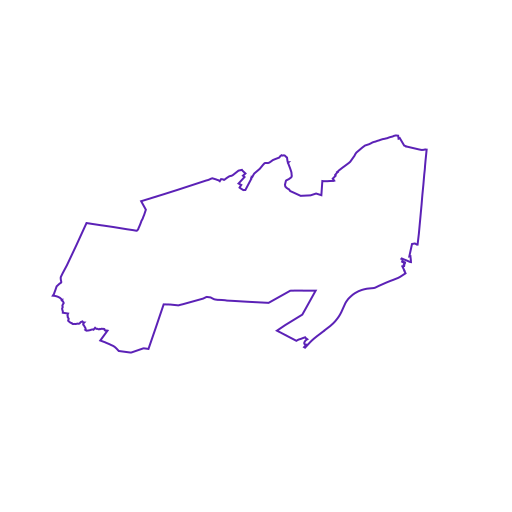 Utrechtse Heuvelrug, Utrecht, Netherlands (Robinson projection), rotated 334°
{"feature_id": "6326949B53566260910730", "entity_name": "Utrechtse Heuvelrug", "entity_type": "district", "adm_level": 2, "iso_a3": "NLD", "parent_name": "Netherlands", "parent_adm1": "Utrecht", "projection": "robinson", "projection_center": [5.38, 52.029], "detail": "fine", "context": "isolated", "style": "outline", "palette": "violet", "viewbox_px": 512, "rotation_deg": 334, "n_neighbors": 0, "source": "geoboundaries", "source_scale": "gbopen_adm2", "svg_char_len": 5852}
<svg xmlns="http://www.w3.org/2000/svg" viewBox="0 0 512 512"><g transform="rotate(334 256 256)"><path d="M382.8,337.1L382.8,334.3L383.0,334.3L383.0,329.5L384.7,330.0L385.7,328.6L385.3,328.4L385.8,328.0L386.1,327.9L386.2,328.0L386.9,327.6L387.0,327.4L386.2,326.9L386.5,326.6L385.6,326.0L385.8,325.8L384.9,325.1L386.5,323.4L385.5,322.3L385.9,322.1L387.8,324.3L389.3,325.9L391.5,328.5L392.0,329.0L392.6,329.4L392.8,328.9L393.3,327.8L394.5,324.4L394.7,323.9L393.6,323.6L401.5,313.6L404.3,314.4L405.6,316.3L406.2,316.6L412.0,307.6L427.4,282.3L432.2,274.2L437.8,265.1L443.0,256.4L445.6,252.3L446.6,250.6L447.2,249.5L449.2,246.2L450.1,244.7L456.0,235.2L455.0,234.6L454.8,234.4L453.4,234.1L452.3,233.7L451.2,233.2L449.0,231.5L440.9,224.9L439.8,224.0L439.0,223.5L439.1,223.3L437.6,221.7L436.9,213.0L435.6,213.0L436.5,210.2L436.0,209.9L435.3,209.4L434.4,208.9L433.5,208.7L432.7,208.5L431.2,208.5L428.9,208.0L427.7,207.8L425.2,207.6L424.8,207.4L423.2,207.1L421.1,206.5L418.4,206.1L417.8,206.1L415.5,205.7L413.3,205.5L412.6,205.3L411.4,205.1L410.3,205.0L408.7,205.1L406.7,205.1L402.4,204.5L399.2,205.1L391.7,207.0L390.5,207.6L389.3,208.4L388.6,209.0L382.0,212.6L380.2,213.1L374.3,214.2L373.0,214.4L367.8,215.5L366.6,216.0L366.3,216.2L366.3,216.3L365.8,216.2L365.8,216.4L365.4,216.6L364.5,217.0L364.4,217.1L362.6,217.9L362.6,218.0L362.7,218.8L358.9,220.1L359.3,222.6L358.5,222.5L358.1,222.3L355.8,221.2L352.8,220.0L349.4,218.3L348.5,217.7L341.4,230.0L337.4,226.2L331.6,225.4L322.5,221.5L317.6,215.5L315.2,212.6L315.0,211.3L314.9,210.6L314.4,210.0L313.3,208.1L313.1,207.4L312.9,206.5L312.8,206.4L313.1,205.3L313.3,204.6L315.7,201.7L316.1,201.4L316.5,201.3L317.1,201.3L318.4,201.3L319.2,201.3L321.9,200.8L322.4,200.6L322.9,200.2L323.4,199.4L323.4,199.2L324.3,196.9L324.5,196.3L324.7,195.1L325.1,192.0L325.5,187.4L325.6,186.8L325.5,186.6L325.7,186.4L326.0,186.1L326.3,186.0L325.8,185.8L325.7,185.7L325.7,185.3L326.2,183.6L326.9,181.5L327.0,181.2L326.9,180.7L326.5,180.1L326.3,179.4L326.1,178.8L325.8,178.2L325.4,177.9L325.1,177.7L323.7,177.3L323.1,176.6L322.5,176.8L321.9,176.8L320.0,177.7L315.4,177.3L313.6,177.2L312.9,177.2L311.5,177.5L308.9,177.9L307.5,177.7L305.6,176.7L304.8,176.4L304.4,176.4L303.9,176.5L303.0,176.9L302.6,177.0L297.6,179.3L290.6,181.1L289.6,181.7L287.4,183.3L286.9,182.9L286.8,183.1L286.0,183.6L285.8,184.4L285.6,184.4L285.6,184.5L285.4,184.7L275.4,192.0L273.5,191.2L272.0,188.8L271.2,187.3L272.1,186.7L273.9,185.7L272.1,183.2L280.3,180.0L279.5,178.1L282.7,177.2L281.4,173.8L281.2,173.2L281.1,172.4L277.7,171.6L270.8,173.1L269.2,173.2L267.9,172.8L266.7,172.7L264.2,173.0L262.0,173.4L261.7,173.5L260.6,173.6L260.0,172.7L258.3,171.6L256.2,172.9L255.5,171.5L254.6,170.7L253.9,169.9L253.1,169.1L250.8,167.0L249.3,166.8L247.4,166.8L246.2,166.7L244.3,166.3L214.7,162.2L200.5,160.1L176.8,156.4L177.3,166.1L173.4,170.1L171.9,171.4L170.9,172.4L170.2,173.0L168.2,174.4L168.0,174.7L165.9,176.7L163.5,178.8L163.3,178.9L161.7,180.4L160.2,181.0L159.6,180.9L159.2,180.6L156.9,178.9L151.9,175.5L140.3,167.3L131.8,161.5L130.7,160.8L118.1,152.1L113.7,155.7L99.1,167.7L81.9,181.5L74.7,186.7L71.5,189.2L70.8,190.1L70.6,190.7L70.2,191.7L69.6,194.0L69.4,194.3L69.1,194.5L67.1,194.8L63.5,195.9L63.0,196.4L60.5,198.9L58.9,200.4L57.7,201.6L57.4,201.8L56.3,202.4L56.0,202.6L57.5,203.5L58.6,204.4L59.6,205.3L60.4,206.2L61.4,207.6L62.0,209.0L62.2,209.6L62.3,210.6L62.7,210.6L62.3,211.3L62.2,211.3L62.4,211.7L62.6,212.2L62.6,213.6L62.5,214.0L62.3,214.2L61.4,214.7L60.3,215.6L60.2,215.8L60.1,216.0L60.1,216.3L59.9,216.8L59.9,217.1L59.6,217.5L58.8,218.1L58.6,218.5L58.3,219.6L58.2,220.6L57.8,221.8L57.5,222.3L61.8,225.3L61.4,225.6L60.8,226.6L60.5,226.8L60.4,227.0L60.4,227.7L60.0,228.2L60.0,228.5L60.1,229.9L60.1,230.4L58.9,231.6L58.8,231.9L59.1,232.6L59.6,233.9L60.4,235.1L61.0,235.5L61.1,236.2L61.4,236.7L61.8,237.0L62.7,237.3L64.1,238.1L65.9,238.5L66.8,239.1L67.5,239.3L68.1,239.2L69.4,238.6L71.3,238.7L71.5,239.4L71.6,239.9L72.2,240.4L72.4,240.5L71.6,240.8L70.9,241.3L70.7,241.7L70.6,242.0L70.8,242.4L70.9,243.0L71.0,245.0L71.1,246.0L71.0,246.5L70.7,247.3L70.7,247.5L70.2,247.6L70.5,248.2L70.9,248.8L72.5,249.4L74.3,249.9L75.6,250.0L77.0,250.4L77.5,250.7L77.7,251.0L79.9,250.0L80.4,251.2L80.6,251.5L81.5,251.9L81.8,252.2L82.2,252.7L82.6,253.0L83.2,253.2L83.6,253.1L84.1,253.5L84.4,253.6L85.4,253.7L86.1,254.2L87.1,254.7L87.6,255.1L87.7,255.3L87.7,255.6L87.5,256.3L87.7,256.7L87.9,257.0L88.5,257.2L89.3,257.6L89.8,258.0L79.0,263.7L82.8,267.7L82.9,267.9L85.7,271.1L86.6,272.3L87.8,273.7L88.4,274.5L89.1,275.7L89.5,276.6L90.1,278.2L91.0,281.2L100.6,287.6L101.2,287.9L101.7,288.1L114.1,289.6L114.7,289.8L117.0,291.3L118.6,292.4L130.8,280.2L134.6,276.4L142.2,268.7L151.8,259.0L157.6,262.0L162.9,265.3L164.5,266.3L165.1,266.5L165.6,266.5L169.2,267.3L188.7,270.9L189.8,271.1L193.1,271.1L193.8,271.2L197.0,273.3L198.3,275.1L199.4,276.5L200.4,277.3L202.3,278.6L205.2,280.1L208.8,282.2L210.0,283.1L210.8,283.6L215.2,286.0L228.3,293.4L246.7,303.6L247.3,303.6L270.4,302.3L271.2,302.2L272.3,302.5L277.5,305.0L294.4,313.3L277.4,325.2L271.9,329.0L252.0,330.9L242.1,332.3L255.1,349.9L256.7,349.8L257.7,349.8L260.3,350.2L261.9,350.3L264.5,350.6L264.6,351.3L265.6,353.3L264.5,353.4L263.4,353.7L262.2,354.4L261.4,355.1L261.2,355.5L261.0,355.9L261.0,356.1L261.1,356.5L261.4,357.1L261.6,357.3L262.3,357.7L261.9,358.0L259.3,359.0L259.9,359.9L266.9,357.2L269.3,356.4L271.8,355.7L275.7,354.8L283.8,353.2L284.3,353.2L284.9,353.0L284.9,352.9L291.9,351.5L295.8,350.4L298.5,349.4L301.9,347.8L303.9,346.7L305.8,345.5L308.0,343.9L315.6,337.6L317.1,336.6L318.8,335.7L319.9,335.1L320.7,334.8L321.8,334.4L324.1,333.7L326.0,333.2L328.5,332.8L330.3,332.7L332.8,332.6L336.2,332.9L338.4,333.3L341.3,334.0L343.5,334.8L345.1,335.4L346.9,336.1L348.1,336.5L349.3,336.7L353.5,336.7L361.5,337.0L365.9,337.3L368.8,337.6L374.2,338.0L376.5,337.9L382.8,337.1Z" fill="none" stroke="#5b21b6" stroke-width="2"/></g></svg>